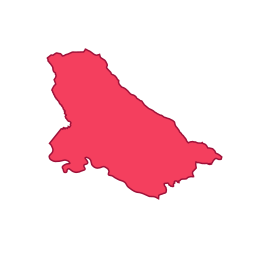 Toro, Valle del Cauca, Colombia (Equal Earth projection), rotated 108°
{"feature_id": "7082276B37830397780712", "entity_name": "Toro", "entity_type": "district", "adm_level": 2, "iso_a3": "COL", "parent_name": "Colombia", "parent_adm1": "Valle del Cauca", "projection": "equal_earth", "projection_center": [-76.078, 4.647], "detail": "fine", "context": "isolated", "style": "filled", "palette": "rose", "viewbox_px": 256, "rotation_deg": 108, "n_neighbors": 0, "source": "geoboundaries", "source_scale": "gbopen_adm2", "svg_char_len": 5851}
<svg xmlns="http://www.w3.org/2000/svg" viewBox="0 0 256 256"><g transform="rotate(108 128 128)"><path d="M126.6,29.9L125.7,31.9L125.6,32.4L125.1,34.0L124.8,36.4L124.6,37.0L124.4,37.3L123.3,38.0L122.4,39.5L121.7,40.9L121.6,41.5L121.9,44.4L122.3,45.8L121.6,46.7L120.6,47.8L119.8,49.1L119.6,50.2L119.5,52.1L119.4,52.4L118.9,52.9L119.1,53.1L119.7,53.4L119.8,53.6L120.0,54.4L120.7,57.0L120.5,59.7L120.9,60.9L120.9,62.3L121.4,63.2L121.7,64.0L122.8,65.5L123.3,65.8L123.4,66.2L122.8,67.4L121.8,68.6L120.7,69.4L120.3,70.3L119.8,70.7L119.2,71.8L118.3,73.0L117.5,74.8L116.7,75.7L115.8,77.6L114.4,78.9L112.6,81.4L111.7,83.0L109.9,84.6L109.0,85.0L108.0,85.7L107.7,86.3L107.1,87.7L106.5,91.6L106.6,93.7L106.5,95.6L106.6,96.8L106.5,97.2L105.6,99.9L105.8,101.5L105.6,102.8L105.4,103.8L105.3,104.8L105.0,105.6L104.5,107.9L104.0,108.9L103.7,110.0L103.4,111.7L103.2,113.4L103.1,114.1L102.6,115.5L100.9,119.7L99.8,121.0L99.3,121.8L98.5,122.7L98.2,123.1L98.1,123.6L98.2,124.4L98.1,125.2L97.6,126.4L97.1,128.6L96.7,129.2L95.8,130.2L95.2,131.8L95.0,132.9L95.1,134.9L94.8,136.3L93.7,138.3L92.9,139.5L91.7,142.2L91.3,143.5L91.1,144.7L91.0,146.8L89.5,149.3L88.8,150.2L87.3,151.2L87.0,151.3L86.1,151.3L85.6,151.6L85.4,152.4L85.0,153.1L83.7,154.5L82.6,156.2L82.1,158.1L82.0,159.6L81.8,160.4L81.5,160.8L80.6,161.4L80.3,161.8L77.9,166.2L77.2,167.0L76.5,167.2L75.0,167.1L74.5,167.2L73.7,167.7L71.8,169.6L71.1,170.5L70.7,171.2L69.6,175.4L69.1,176.2L68.5,176.7L66.8,177.8L67.3,178.4L68.4,180.2L68.6,180.8L68.6,181.9L68.4,183.2L67.3,186.4L66.8,188.2L66.6,190.2L66.2,192.1L66.2,192.9L67.3,193.0L68.9,193.5L69.3,193.7L69.5,194.0L72.0,201.1L72.9,204.1L73.2,204.6L76.1,207.8L77.6,210.0L78.8,211.0L79.7,212.4L79.7,212.8L78.8,213.8L78.2,215.3L78.5,216.8L78.6,218.3L78.7,219.0L78.9,219.4L79.9,220.3L81.8,221.7L82.1,222.4L82.3,223.5L82.6,223.9L85.1,225.5L86.1,226.3L86.5,226.3L87.5,225.2L88.9,224.8L89.7,223.4L90.2,222.9L90.8,221.7L92.2,219.8L93.1,218.7L94.3,217.8L94.8,217.8L96.2,217.0L97.2,216.2L97.4,215.9L97.8,215.0L98.0,214.1L98.2,213.9L99.1,213.8L100.0,212.8L100.9,212.5L102.3,212.5L103.0,212.6L104.8,213.2L105.5,212.7L107.4,211.1L108.7,210.3L109.4,210.6L110.0,211.1L111.3,211.5L114.4,212.1L115.5,212.1L115.6,211.9L116.2,211.2L117.3,210.5L117.7,209.9L118.9,209.0L119.8,207.9L120.6,207.3L121.1,206.8L121.6,205.9L122.4,205.3L122.6,204.4L123.5,203.4L123.8,202.4L125.8,200.6L126.2,199.7L126.6,199.5L126.9,198.0L127.5,197.9L128.8,195.9L129.4,195.8L130.0,195.3L130.3,194.6L130.6,194.5L130.8,194.3L130.9,193.6L131.0,193.4L131.7,193.1L132.1,193.4L132.4,192.8L133.4,192.9L133.9,192.8L134.1,191.7L134.7,191.3L134.8,190.7L135.1,190.7L135.9,191.2L136.3,191.3L136.7,191.1L137.3,190.4L137.8,190.2L138.2,189.2L138.9,188.6L139.1,188.1L139.9,186.9L139.9,186.5L139.8,185.8L139.9,185.1L140.0,184.7L140.4,184.1L140.9,183.9L142.6,183.9L143.4,183.3L144.0,183.4L145.4,183.9L145.1,185.1L145.4,185.0L145.7,185.3L147.0,185.5L146.9,185.9L147.1,187.1L147.8,187.5L148.1,187.5L148.2,188.3L147.7,188.3L147.4,189.1L147.5,189.4L147.7,189.6L148.2,189.6L148.6,189.2L149.2,189.9L149.1,190.0L149.1,190.4L149.5,191.3L166.9,197.9L167.7,196.2L168.3,195.5L170.1,193.8L171.5,192.8L172.9,192.4L174.4,192.4L176.0,193.0L177.5,193.8L179.0,194.2L179.6,194.1L180.9,193.3L181.5,192.7L181.8,192.0L182.1,191.3L182.4,189.5L182.5,188.6L182.3,186.9L180.9,183.2L180.3,182.1L178.2,178.6L177.9,177.7L177.8,176.5L177.8,175.5L178.0,174.4L178.3,173.8L179.1,172.7L179.4,172.4L179.9,172.6L181.2,175.4L182.9,177.2L184.6,178.3L185.3,178.4L185.9,178.2L186.4,177.9L187.3,176.9L188.7,176.1L189.4,175.4L189.8,175.0L189.8,174.7L189.7,174.1L189.4,173.3L189.1,173.0L188.5,172.7L188.1,172.7L187.6,172.9L186.4,172.9L185.6,172.4L185.0,171.7L184.9,171.5L186.2,167.7L186.4,166.6L186.4,164.7L186.3,164.0L185.9,162.9L184.8,160.8L183.4,159.2L181.9,157.2L181.2,156.4L180.8,156.2L180.2,156.2L179.7,156.5L178.6,157.7L178.2,158.1L177.3,158.4L176.9,158.4L176.6,158.2L176.0,157.7L175.4,156.7L174.5,155.8L174.0,155.6L173.0,155.7L172.6,156.1L171.6,157.1L170.3,159.2L169.7,159.5L169.4,159.4L168.8,158.6L168.7,158.3L168.7,157.5L168.8,156.3L169.0,155.4L169.9,153.9L170.4,153.4L171.5,152.7L173.9,151.2L174.3,150.7L174.9,149.8L175.6,148.1L175.7,147.4L175.8,146.5L175.7,145.3L175.5,144.5L174.3,142.2L172.7,140.2L172.2,139.2L172.1,138.2L172.5,136.3L172.7,135.5L173.1,134.5L173.7,133.8L174.3,133.2L175.3,132.6L175.7,132.5L176.0,132.6L177.0,132.6L178.1,132.4L178.4,132.1L178.7,131.6L178.7,131.1L178.4,129.0L178.4,128.1L178.6,127.2L179.2,125.4L179.8,122.2L180.1,120.0L180.1,116.5L180.5,114.6L180.8,113.9L181.3,113.1L183.4,110.7L184.2,109.3L185.5,105.4L186.1,102.9L186.3,101.3L186.3,99.6L185.8,97.0L185.7,94.5L185.8,92.8L186.4,87.2L186.4,86.3L185.3,82.4L185.2,81.1L185.2,80.4L185.8,77.1L184.9,77.3L182.7,77.9L182.4,77.8L181.1,76.5L180.2,75.1L179.3,74.1L178.4,72.7L177.6,72.1L177.1,72.0L174.9,72.4L174.3,72.8L174.1,73.1L173.4,73.2L173.0,73.5L172.4,74.2L172.0,75.0L171.5,75.5L170.1,76.3L169.6,76.3L169.2,75.7L168.7,74.4L168.2,73.4L168.1,73.0L168.2,72.7L168.7,71.9L169.5,71.3L169.6,70.4L170.1,69.4L169.9,68.6L170.0,67.9L169.6,66.9L169.2,66.7L168.4,67.1L167.7,67.4L166.8,67.3L165.8,66.6L165.6,66.7L165.4,67.1L165.2,67.3L164.8,67.3L164.0,66.9L163.6,66.1L163.4,65.1L164.0,64.4L164.3,63.8L164.1,63.1L164.2,62.7L163.8,62.7L163.0,63.3L162.5,63.1L162.1,62.5L160.6,61.8L159.7,60.4L158.9,58.1L158.1,56.6L157.0,56.1L156.3,55.5L155.9,55.0L155.3,54.1L154.8,53.1L154.2,50.9L154.0,50.6L153.2,51.0L152.6,51.7L152.1,52.1L151.0,52.7L150.4,52.9L149.7,52.9L149.2,52.8L145.1,50.8L144.6,50.9L143.0,51.8L141.8,52.3L140.3,52.7L139.7,52.8L139.3,52.8L139.4,50.9L139.1,50.4L139.0,49.9L138.8,46.5L138.0,43.9L137.2,41.8L137.5,40.7L137.5,39.4L137.2,38.6L136.9,38.1L136.6,39.1L136.3,38.3L135.9,37.7L135.2,37.2L133.7,37.0L132.2,36.6L130.8,35.9L130.2,35.5L129.7,34.9L129.7,33.5L129.8,32.9L129.8,31.8L129.2,30.2L128.9,29.8L128.6,29.7L126.8,30.0L126.6,29.9Z" fill="#f43f5e" stroke="#9f1239" stroke-width="1.5"/></g></svg>